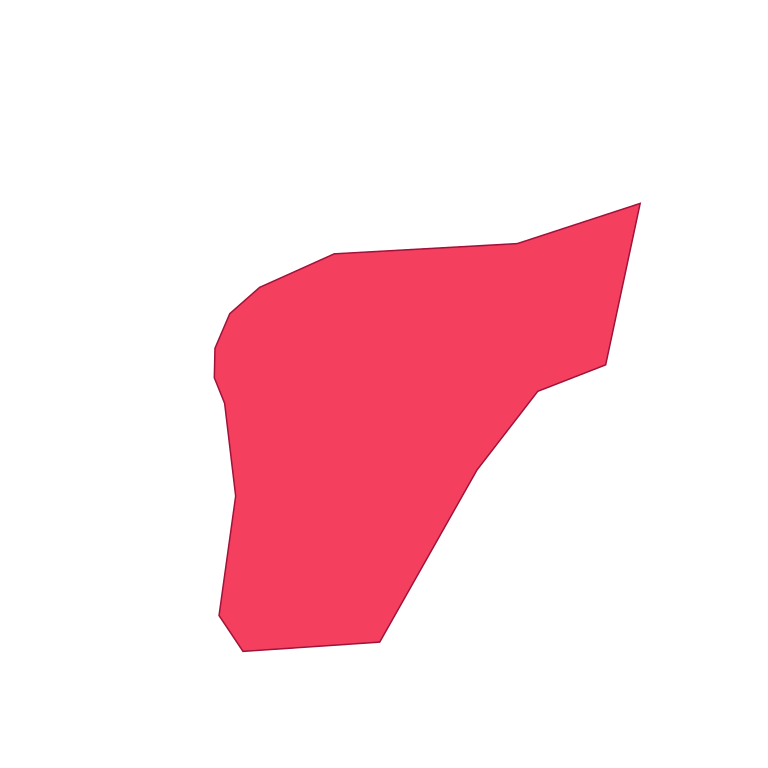 the Municipality of Destrnik, rotated 127°
{"feature_id": "SVN-203", "entity_name": "Destrnik", "entity_type": "Municipality", "adm_level": 1, "iso_a3": "SVN", "parent_name": "Slovenia", "parent_adm1": "", "projection": "natural_earth1", "projection_center": [15.888, 46.479], "detail": "fine", "context": "isolated", "style": "filled", "palette": "rose", "viewbox_px": 768, "rotation_deg": 127, "n_neighbors": 0, "source": "natural_earth", "source_scale": "10m", "svg_char_len": 361}
<svg xmlns="http://www.w3.org/2000/svg" viewBox="0 0 768 768"><g transform="rotate(127 384 384)"><path d="M85.6,288.1L235.3,218.5L297.3,256.8L396.7,258.0L592.7,232.1L682.4,335.7L668.2,376.4L562.8,435.0L495.3,499.7L481.1,523.3L457.2,540.5L420.6,549.5L381.7,541.5L310.0,502.1L191.7,362.1L85.6,288.1Z" fill="#f43f5e" stroke="#9f1239" stroke-width="1.5"/></g></svg>